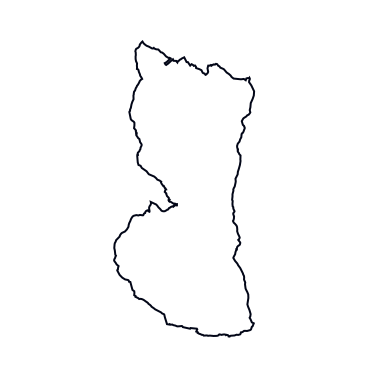 Otesani, Vâlcea, Romania (Mercator projection), rotated 29°
{"feature_id": "2599482B27410059128646", "entity_name": "Otesani", "entity_type": "district", "adm_level": 2, "iso_a3": "ROU", "parent_name": "Romania", "parent_adm1": "Vâlcea", "projection": "mercator", "projection_center": [24.032, 45.056], "detail": "fine", "context": "isolated", "style": "outline", "palette": "ink", "viewbox_px": 384, "rotation_deg": 29, "n_neighbors": 0, "source": "geoboundaries", "source_scale": "gbopen_adm2", "svg_char_len": 5982}
<svg xmlns="http://www.w3.org/2000/svg" viewBox="0 0 384 384"><g transform="rotate(29 192 192)"><path d="M310.2,283.4L309.7,281.0L310.1,280.1L309.7,276.9L307.5,277.0L305.0,275.0L303.4,274.1L303.3,272.6L302.5,270.4L299.5,267.4L296.5,265.0L294.9,263.4L292.7,257.4L290.9,254.4L289.0,252.8L286.6,251.2L285.7,250.5L283.1,247.0L282.4,245.3L280.0,243.4L278.9,241.2L278.0,240.1L276.7,239.3L276.1,238.6L271.0,235.1L267.9,233.7L266.3,232.6L263.1,231.4L260.2,229.7L260.0,229.3L259.9,227.9L259.9,225.5L259.2,223.6L258.9,221.9L259.1,221.3L258.6,220.8L258.9,220.5L258.5,220.2L258.7,219.8L258.3,218.6L258.2,217.9L258.5,216.8L259.3,215.2L259.3,214.5L258.9,213.1L258.5,212.7L255.7,211.5L256.0,210.6L255.9,208.9L255.1,208.1L252.4,206.2L250.5,204.4L249.8,202.9L248.4,200.8L247.2,199.8L244.8,198.9L243.4,198.6L241.9,197.5L241.9,196.2L241.3,194.3L240.7,193.4L240.6,192.9L239.1,191.7L238.4,190.6L238.6,188.7L238.5,188.2L236.3,186.6L235.4,185.2L234.6,184.9L233.2,182.9L231.9,180.1L230.9,179.4L229.6,176.3L228.5,174.3L227.6,170.8L227.0,170.0L226.7,168.7L226.7,166.5L225.6,162.8L225.1,161.5L223.6,159.3L223.4,154.5L222.3,152.0L221.8,149.3L220.8,145.1L219.4,141.3L218.7,140.4L216.7,136.5L215.0,136.0L214.4,135.4L212.4,134.4L211.9,133.2L211.6,133.1L211.7,132.8L211.5,132.3L210.2,131.5L209.1,129.9L208.6,127.5L209.1,124.9L208.6,122.6L208.6,120.3L207.3,117.3L207.4,116.4L207.5,116.4L207.7,115.9L207.8,114.3L207.4,112.2L207.3,110.9L206.7,109.9L206.0,109.6L205.5,109.0L203.9,108.6L201.2,105.9L201.2,103.0L201.4,102.3L202.9,99.5L203.1,98.2L204.1,96.9L204.4,95.1L204.4,94.1L202.8,92.4L202.0,89.6L200.3,85.8L199.9,81.1L199.3,77.7L197.5,73.8L192.2,70.0L188.7,68.3L188.1,67.1L187.9,65.4L187.6,64.8L186.9,64.3L186.9,64.8L185.7,65.2L184.5,66.3L184.8,68.2L182.5,68.0L180.2,69.7L173.4,72.6L170.8,72.2L169.3,71.4L167.0,70.9L164.4,70.7L160.4,69.2L159.3,69.2L156.5,69.5L155.0,68.8L153.8,68.9L152.1,68.0L150.8,68.3L150.3,69.5L149.3,69.7L149.1,70.2L148.3,70.8L147.9,71.9L147.4,71.6L147.0,71.7L146.9,72.4L146.4,72.5L146.1,73.0L144.9,73.6L145.6,76.3L147.9,79.1L148.0,80.6L147.3,82.7L147.0,83.0L145.5,82.3L144.4,82.6L143.5,82.5L141.2,80.9L138.9,81.0L135.5,81.6L134.7,80.5L133.3,79.9L132.4,80.8L131.9,80.5L129.7,80.4L129.4,81.1L129.1,82.3L125.4,80.4L124.3,81.0L119.9,78.0L118.3,80.3L117.9,81.3L117.1,82.4L117.0,83.3L116.5,84.3L116.3,85.3L116.4,85.8L115.5,85.5L114.9,84.9L112.2,86.2L111.0,85.2L110.4,86.6L108.8,91.4L107.8,93.4L106.9,93.3L105.7,92.5L106.8,90.7L108.5,85.5L107.3,85.5L106.6,86.1L103.6,86.0L100.3,84.8L98.3,84.5L97.0,84.9L93.5,83.7L91.4,84.6L89.4,84.8L88.7,84.5L88.3,85.4L87.5,85.8L83.6,85.8L81.6,86.1L80.2,86.0L77.7,85.5L75.7,84.4L75.3,85.6L74.9,88.1L74.9,88.5L75.3,89.4L75.3,90.8L74.9,92.1L73.8,93.8L73.9,95.3L74.3,96.5L75.0,97.1L76.5,99.5L76.9,100.7L78.2,103.0L79.6,104.7L81.6,106.2L82.6,108.3L83.5,109.6L84.2,111.1L85.2,110.9L86.1,111.3L87.3,112.7L89.5,114.4L90.3,115.4L92.3,116.4L93.6,117.3L92.9,118.6L92.5,120.4L92.7,121.7L92.7,124.6L92.4,125.6L92.6,126.7L92.5,128.4L93.0,130.9L92.7,132.2L93.2,133.8L93.7,134.8L94.0,136.0L95.9,139.2L96.1,142.1L96.6,144.7L97.7,148.0L97.9,150.0L98.5,151.1L98.3,151.8L98.4,152.4L103.1,157.9L104.4,158.5L107.1,158.8L108.1,159.4L109.4,161.8L110.4,164.3L113.1,165.3L113.6,166.4L114.0,166.7L114.7,166.9L115.3,167.7L114.8,168.0L115.8,169.4L117.5,170.2L118.4,170.8L120.3,171.2L122.6,173.7L124.1,174.3L125.0,175.0L125.4,175.9L125.5,178.1L126.1,179.7L126.0,180.8L126.2,181.9L125.6,183.8L125.7,184.3L126.4,185.3L126.0,185.3L126.0,185.6L126.6,187.0L130.2,192.4L132.1,194.3L134.3,194.0L136.4,195.3L142.2,195.9L145.6,197.4L151.5,196.8L153.9,197.3L155.7,198.0L158.2,197.7L160.0,197.9L160.0,198.4L161.2,199.4L164.0,200.7L164.4,200.4L166.3,201.7L166.8,201.6L168.0,202.3L167.6,202.6L168.1,205.1L170.2,205.7L170.3,206.1L172.2,207.7L174.4,208.3L175.3,209.5L175.8,209.5L175.5,210.2L175.9,210.5L175.7,210.7L176.1,211.0L176.4,210.6L177.2,211.3L177.7,210.9L181.2,211.1L181.9,210.9L182.3,210.6L183.1,210.5L183.3,210.3L184.1,210.3L184.7,209.9L185.3,211.0L184.3,211.6L182.8,211.7L183.0,212.1L182.7,212.7L183.0,213.1L182.1,213.9L182.3,214.1L181.6,214.3L180.6,215.6L180.3,216.5L179.7,217.2L179.6,218.8L178.9,219.5L178.7,220.1L177.5,222.0L176.4,222.7L175.2,223.1L174.3,223.1L172.4,222.3L170.1,221.7L168.5,220.9L166.8,220.3L160.8,220.7L161.7,221.7L162.0,223.4L161.8,225.1L162.0,226.3L162.7,227.5L164.2,229.4L164.3,229.9L163.3,230.0L162.2,229.5L161.8,229.7L161.0,231.1L160.9,232.3L161.2,233.1L160.7,233.7L160.5,234.2L160.6,235.8L160.4,236.2L157.6,237.3L156.5,238.5L154.5,239.2L152.6,241.0L152.0,242.1L151.8,243.5L151.8,245.5L152.1,247.2L152.2,249.7L152.6,251.5L153.3,253.3L153.2,256.3L152.5,259.1L150.6,261.7L150.2,262.8L150.0,264.8L150.3,266.1L149.0,270.9L149.3,272.4L149.3,274.2L149.7,275.4L151.2,278.7L152.8,280.5L155.3,284.0L156.4,284.6L156.4,285.7L156.7,286.9L156.7,288.5L157.0,289.5L157.8,290.2L159.5,290.9L161.2,291.9L163.7,292.4L164.2,294.5L164.8,295.8L164.5,296.6L164.7,296.9L168.9,299.6L172.5,300.7L175.9,300.9L178.7,300.0L179.5,300.1L180.4,301.0L181.7,300.6L187.4,306.5L189.6,306.8L190.5,308.1L191.5,310.3L193.2,310.4L193.4,311.1L196.1,310.9L197.7,311.2L198.4,310.6L199.9,310.0L201.8,309.8L207.2,310.4L208.1,310.9L210.0,311.1L211.5,311.5L212.1,311.9L215.1,312.2L216.6,312.5L223.3,312.3L224.7,312.7L226.8,312.5L227.1,312.6L229.1,314.8L234.2,319.7L236.8,318.8L236.7,318.4L237.8,318.3L239.0,317.5L240.2,317.5L242.2,316.9L244.2,316.7L245.4,316.0L248.0,314.2L248.6,314.1L249.5,314.6L256.3,312.6L256.7,312.4L256.7,311.7L262.5,309.2L263.2,309.6L263.4,312.0L265.0,311.8L265.4,312.1L265.4,312.5L267.1,312.5L268.4,312.2L269.7,312.2L270.8,311.7L271.9,311.9L274.6,310.2L275.7,310.0L277.3,308.9L280.8,307.4L283.6,305.7L284.7,304.5L284.7,303.7L285.1,303.2L287.2,302.6L287.9,301.9L289.1,301.0L290.8,300.4L291.1,300.7L291.7,300.1L292.8,299.8L293.5,300.0L294.0,300.6L294.7,300.4L295.0,300.1L294.9,299.7L295.6,298.9L298.7,296.9L300.2,295.2L301.7,294.6L303.1,293.2L303.2,292.3L302.8,291.1L304.0,290.1L304.9,288.2L307.7,286.7L309.7,284.7L310.1,284.1L310.2,283.4Z" fill="none" stroke="#020617" stroke-width="2"/></g></svg>